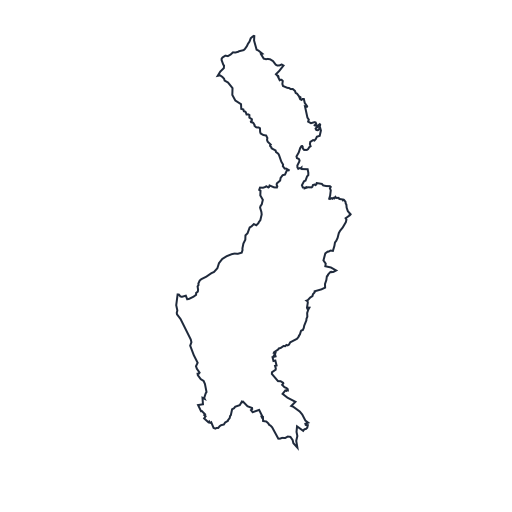 Izvoru Barzii, Mehedinti, Romania (Albers equal-area conic projection), rotated 49°
{"feature_id": "2599482B77964266021136", "entity_name": "Izvoru Barzii", "entity_type": "district", "adm_level": 2, "iso_a3": "ROU", "parent_name": "Romania", "parent_adm1": "Mehedinti", "projection": "albers", "projection_center": [22.639, 44.717], "detail": "fine", "context": "isolated", "style": "outline", "palette": "slate", "viewbox_px": 512, "rotation_deg": 49, "n_neighbors": 0, "source": "geoboundaries", "source_scale": "gbopen_adm2", "svg_char_len": 6138}
<svg xmlns="http://www.w3.org/2000/svg" viewBox="0 0 512 512"><g transform="rotate(49 256 256)"><path d="M297.2,185.5L295.9,182.6L293.0,178.4L292.1,175.9L291.4,171.9L289.4,166.0L287.9,163.9L286.3,163.6L286.8,158.6L286.3,158.2L286.7,157.6L286.6,157.2L282.5,157.3L279.0,155.9L276.5,154.1L275.3,153.9L273.8,152.9L271.6,152.8L271.1,153.7L270.6,153.2L267.6,155.7L266.3,155.5L264.8,157.4L263.5,157.3L263.7,158.3L263.3,158.8L263.7,159.3L262.8,159.9L262.9,160.8L261.8,161.2L261.5,162.8L260.8,163.2L259.1,160.5L255.5,156.5L253.4,155.8L252.9,154.3L251.8,154.4L249.3,157.1L246.8,159.0L244.8,159.0L240.8,162.3L241.6,163.5L241.5,164.6L240.6,164.7L239.8,166.5L240.7,168.0L240.7,169.0L238.2,171.7L237.1,174.3L236.8,173.7L236.5,174.5L235.0,175.7L232.7,174.9L231.1,170.7L231.6,169.2L229.4,165.2L229.3,163.5L227.5,161.9L224.4,160.1L220.4,164.4L219.9,164.6L219.1,163.8L219.1,164.9L218.1,165.7L217.9,166.9L216.3,166.6L214.8,165.4L213.2,161.5L212.4,160.4L210.8,160.0L209.0,160.9L207.4,160.1L205.9,155.8L203.5,151.8L202.9,149.6L203.3,149.0L204.0,149.0L205.5,150.1L207.5,150.1L209.3,148.0L209.5,146.6L208.8,144.4L209.0,142.8L206.9,141.9L205.5,140.2L206.0,136.8L207.2,136.2L206.9,134.0L205.9,131.8L207.1,129.1L203.9,124.7L201.4,123.5L201.1,123.7L201.8,126.1L201.6,126.9L200.5,127.8L199.0,127.5L198.8,126.7L199.2,124.3L199.6,123.5L200.4,123.2L199.0,121.4L198.3,121.4L198.2,123.2L197.4,124.9L196.4,125.8L195.8,125.9L195.8,124.3L195.5,123.7L194.3,123.4L193.4,124.0L191.8,127.4L188.8,128.5L187.7,126.7L185.3,126.4L175.3,120.9L176.3,120.4L176.8,119.6L176.6,119.2L172.5,118.8L168.9,116.9L168.0,117.9L168.1,119.2L166.7,119.8L165.2,119.3L165.6,118.5L165.3,118.3L163.7,118.8L160.5,118.5L159.0,119.1L157.0,118.3L154.1,118.7L152.8,120.3L150.8,120.9L149.7,122.0L145.4,124.1L143.4,123.2L141.5,121.0L139.8,121.1L139.2,121.6L138.9,122.8L135.1,121.8L135.3,121.4L134.6,121.1L133.5,121.6L131.9,121.7L131.6,117.2L130.3,110.3L128.3,111.0L127.6,113.2L126.3,114.9L124.6,115.6L120.1,115.3L116.8,116.3L114.9,117.9L114.1,119.3L112.1,120.7L106.9,119.8L107.5,118.5L102.5,119.4L100.7,120.2L92.1,116.1L88.9,113.0L88.4,113.3L88.2,114.6L88.2,117.1L89.9,120.2L90.6,122.9L91.6,125.1L92.5,128.7L92.5,130.3L90.3,134.5L90.3,135.2L88.9,138.1L87.2,139.8L87.3,142.9L86.7,146.1L84.7,147.7L84.2,150.9L84.5,152.4L85.5,153.4L90.2,155.2L91.3,155.2L93.1,157.0L93.4,162.0L94.9,166.7L96.1,164.6L98.8,163.9L101.3,163.8L103.0,164.6L106.7,163.3L112.2,163.5L113.9,163.6L118.9,168.2L125.1,169.6L131.6,167.7L135.3,170.6L137.1,169.4L138.8,170.2L140.0,169.4L140.8,169.4L143.0,170.3L144.1,168.9L145.3,168.5L147.2,170.2L150.1,169.4L151.2,170.5L151.1,171.6L151.8,171.9L153.6,170.7L156.1,171.1L156.7,171.7L158.7,171.5L159.6,171.0L160.7,169.7L162.2,169.2L165.1,171.5L166.6,172.1L169.5,171.1L171.7,169.3L174.4,170.0L175.6,171.5L177.4,172.2L181.6,171.8L181.8,172.8L182.4,173.2L184.1,173.1L185.0,173.6L189.2,172.0L190.6,172.7L193.4,172.1L194.9,172.4L201.4,175.0L204.8,175.6L205.8,176.8L208.9,177.0L209.8,175.9L212.7,174.9L212.8,175.2L212.0,176.0L211.8,176.9L213.6,180.7L212.5,182.9L213.2,186.2L214.9,188.3L214.9,192.6L215.8,193.7L217.4,194.2L218.0,195.3L216.1,197.3L211.7,199.5L212.5,201.0L212.4,201.7L210.1,202.5L210.0,203.7L209.1,205.9L207.0,208.1L208.2,210.2L209.7,209.8L213.1,213.0L218.1,214.0L220.8,217.8L221.3,219.9L222.2,221.2L226.4,223.1L228.4,224.5L231.8,229.2L232.3,231.7L232.8,232.7L233.0,235.6L230.5,236.7L230.7,240.0L230.3,242.0L233.3,247.5L233.5,250.4L236.7,253.4L238.3,257.3L241.3,261.2L242.7,262.3L244.1,264.6L242.4,268.3L240.1,270.6L238.7,273.1L236.9,278.3L236.1,283.4L237.1,288.6L239.9,293.2L240.5,298.2L239.7,300.9L239.0,307.1L237.6,312.5L237.6,314.6L239.0,317.6L240.2,318.4L240.6,320.0L243.4,321.8L244.7,323.3L244.6,325.4L246.0,326.7L245.7,329.9L244.4,334.8L243.5,336.3L239.9,335.0L238.2,338.7L236.9,339.6L234.5,339.5L233.6,340.4L240.8,348.5L245.5,351.1L246.9,353.1L248.2,353.9L254.1,354.3L276.2,360.0L278.7,361.3L280.5,364.5L290.0,368.0L298.3,370.1L299.8,373.6L302.3,374.6L307.0,375.1L307.3,376.1L306.5,377.3L307.8,378.1L312.7,378.5L315.9,377.5L319.1,378.5L326.2,382.6L326.6,384.0L329.2,388.3L330.0,388.5L327.9,389.4L333.1,393.3L330.5,397.5L337.1,399.3L337.5,398.6L342.0,398.3L342.1,399.4L343.9,399.2L344.5,401.7L350.3,401.0L350.2,399.9L351.6,400.2L352.2,399.7L352.2,398.9L357.9,400.8L359.6,399.9L359.9,398.6L361.0,397.3L360.6,395.1L360.8,393.3L362.1,390.8L361.4,388.6L362.0,385.4L361.7,385.0L361.7,385.5L361.0,382.1L359.8,380.6L359.6,379.4L356.0,374.6L356.5,372.5L356.1,370.6L357.9,366.1L356.6,362.1L357.6,361.9L357.6,361.3L363.8,361.0L368.1,358.7L369.0,359.3L369.0,360.9L371.7,361.0L374.2,354.6L380.7,356.3L380.6,357.1L382.0,357.5L382.3,356.6L385.2,358.9L387.7,356.8L390.8,356.5L391.7,356.9L393.6,356.3L395.9,356.2L408.5,359.0L409.6,357.7L410.4,355.6L412.5,353.4L413.1,350.5L415.1,348.7L418.9,349.1L421.8,350.6L427.8,350.5L421.9,346.9L419.0,342.9L415.3,340.8L411.5,336.8L418.9,335.1L418.6,334.1L418.6,333.0L419.3,331.8L419.2,330.0L417.7,327.9L416.1,329.3L415.0,328.8L416.0,326.0L412.6,326.7L406.0,325.1L402.1,325.0L394.2,326.8L392.3,327.8L391.9,321.9L383.6,325.2L377.5,326.4L376.7,322.0L377.3,321.6L377.8,322.4L377.6,321.0L378.4,320.2L377.3,319.4L375.7,319.6L373.6,320.6L370.4,320.8L370.1,319.0L369.5,318.7L366.6,319.6L364.9,321.5L355.4,321.4L354.2,320.2L354.7,315.8L353.8,314.8L351.4,313.7L352.1,312.3L347.6,310.0L346.7,311.7L343.2,309.9L344.6,307.1L343.6,306.6L342.9,307.8L342.0,305.1L340.8,306.1L340.5,305.5L341.1,300.5L340.7,299.5L341.6,297.7L342.0,294.2L343.2,293.2L343.1,291.4L344.1,290.9L344.4,290.1L344.5,289.2L343.6,286.8L345.4,279.3L344.8,276.4L344.2,275.8L344.1,274.5L342.1,271.3L342.0,270.5L342.6,269.3L341.6,267.1L340.2,265.3L337.6,260.2L336.5,259.1L335.5,257.1L332.6,254.8L330.8,251.8L330.0,249.6L329.2,250.4L329.2,251.7L328.5,251.5L325.2,247.5L324.0,246.8L322.9,247.1L323.3,246.0L322.9,242.3L323.3,239.7L322.2,238.1L321.9,235.6L321.1,234.9L324.1,228.5L325.2,224.6L322.4,222.3L320.3,218.7L317.8,215.8L317.9,214.6L317.3,214.0L316.9,210.6L317.2,209.7L317.7,209.7L318.8,208.0L319.5,205.0L313.8,207.0L309.2,210.4L307.5,208.4L303.6,208.0L299.5,202.0L299.7,199.0L300.3,198.4L300.8,196.2L302.6,194.6L299.8,190.2L297.6,187.5L297.2,185.5Z" fill="none" stroke="#1e293b" stroke-width="2"/></g></svg>